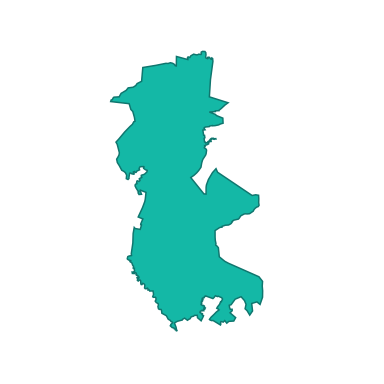 the district of Auru pag., Dobele, Latvia, rotated 212°
{"feature_id": "27541924B19502695969152", "entity_name": "Auru pag.", "entity_type": "district", "adm_level": 2, "iso_a3": "LVA", "parent_name": "Latvia", "parent_adm1": "Dobele", "projection": "albers", "projection_center": [23.233, 56.585], "detail": "fine", "context": "isolated", "style": "filled", "palette": "teal", "viewbox_px": 384, "rotation_deg": 212, "n_neighbors": 0, "source": "geoboundaries", "source_scale": "gbopen_adm2", "svg_char_len": 5999}
<svg xmlns="http://www.w3.org/2000/svg" viewBox="0 0 384 384"><g transform="rotate(212 192 192)"><path d="M245.2,316.1L246.3,316.2L246.3,315.8L245.5,315.2L245.6,314.9L246.7,314.7L248.4,315.4L249.1,315.3L250.0,314.5L249.2,313.8L249.3,313.4L251.0,313.0L252.0,313.7L252.9,315.9L253.6,316.5L253.8,317.2L254.2,317.5L255.5,318.0L257.5,316.9L258.3,315.6L258.0,314.9L257.2,314.1L257.2,313.4L259.3,312.5L260.0,311.3L261.0,310.6L263.6,309.8L265.0,307.2L265.2,306.7L265.1,305.0L266.9,304.5L266.9,303.3L266.1,303.0L265.7,302.1L277.0,298.7L272.1,290.6L273.1,290.2L274.5,290.9L276.6,290.9L278.8,290.2L280.4,288.3L282.3,287.3L289.7,280.3L299.7,271.5L293.4,259.2L296.0,254.9L296.1,252.5L297.4,249.7L301.3,246.5L301.7,243.3L304.4,238.1L304.2,234.1L308.4,231.1L308.7,230.4L308.6,227.9L309.3,227.2L308.9,225.6L292.1,233.6L287.6,229.6L284.9,228.9L280.4,224.8L277.8,221.8L278.6,220.7L278.4,217.8L279.3,214.7L280.9,207.2L282.1,198.4L282.9,194.0L280.7,192.8L274.5,186.9L273.9,185.7L273.5,184.5L273.3,182.1L273.3,179.9L270.9,177.4L267.6,175.8L263.1,173.2L260.8,173.4L258.8,173.1L256.4,171.7L254.8,168.5L252.9,168.7L252.6,170.0L253.3,171.2L254.8,174.9L254.0,175.6L252.6,175.5L250.7,176.3L250.7,176.8L251.9,177.2L252.4,178.0L251.6,178.9L250.8,178.5L249.9,178.9L249.8,179.2L249.8,180.6L248.2,183.0L249.4,184.0L249.4,186.0L246.4,188.0L245.9,187.8L245.9,186.7L245.5,186.4L243.2,186.2L241.4,186.6L240.9,185.3L241.4,182.9L241.9,181.6L243.8,179.4L243.6,178.6L242.3,177.9L242.3,177.5L243.3,176.4L243.7,175.1L242.4,174.6L242.2,174.1L242.5,172.9L244.0,172.7L244.5,172.1L244.0,170.7L243.1,169.9L244.0,168.7L244.0,168.0L243.5,167.0L241.3,165.6L238.9,164.5L238.7,164.1L237.6,164.3L237.3,163.8L237.3,162.7L235.6,161.8L233.6,163.3L236.6,165.6L236.8,166.2L230.8,167.3L227.8,161.1L227.0,158.9L225.7,152.6L224.4,142.3L219.4,143.1L218.6,138.0L218.2,137.1L217.5,137.4L217.3,137.1L216.1,132.8L220.9,130.9L222.2,131.3L219.9,125.6L215.2,117.5L210.8,107.5L209.6,106.1L211.5,104.3L212.2,103.2L211.6,101.2L211.1,100.8L209.4,100.8L207.6,101.4L207.4,101.0L207.7,100.6L207.7,100.1L205.4,100.0L203.6,98.5L202.3,98.1L201.5,96.3L200.4,96.8L200.0,95.7L199.2,95.2L198.9,94.4L199.3,93.0L200.4,92.4L199.4,91.3L197.6,92.4L197.7,93.4L197.5,93.7L196.4,93.7L195.7,93.1L195.9,92.6L195.6,92.2L194.8,92.0L194.2,92.4L192.4,92.0L191.7,91.5L191.5,91.1L191.6,90.6L192.8,91.0L193.2,90.6L193.3,90.2L191.6,89.2L191.7,88.5L191.5,88.1L190.4,88.0L189.8,89.6L189.1,89.8L188.4,89.4L186.8,87.1L186.1,86.6L185.4,86.9L185.3,88.5L183.7,88.6L182.6,88.0L181.4,85.5L180.4,85.2L179.5,85.7L179.0,86.8L178.4,86.8L177.3,85.5L176.5,86.3L175.4,85.6L172.6,87.4L170.4,84.9L169.8,82.3L168.8,82.3L167.2,83.4L166.9,83.3L166.2,82.7L165.4,81.4L165.4,80.0L163.8,79.3L161.6,79.4L160.6,78.3L160.2,76.8L158.6,75.2L157.6,75.1L155.9,76.0L155.1,75.4L153.3,73.2L148.2,73.5L144.7,71.5L142.3,71.6L141.1,71.0L140.0,71.3L139.4,71.0L139.2,70.4L139.8,68.5L139.3,68.0L139.6,67.3L139.5,67.0L136.9,66.5L135.6,67.0L134.9,67.0L134.6,66.6L133.7,66.9L133.1,66.3L132.7,66.6L131.7,66.0L131.3,66.5L132.3,67.2L133.9,68.9L137.5,71.6L135.9,74.6L132.4,78.3L132.5,79.1L131.4,81.1L127.9,80.8L127.1,82.6L126.5,83.4L126.5,85.8L124.9,87.5L124.5,88.7L122.2,90.2L120.7,88.3L116.0,87.6L116.5,92.5L116.7,93.2L117.5,93.0L118.7,93.5L118.7,93.8L118.4,94.0L118.6,94.3L119.0,94.3L119.3,93.8L120.6,94.2L121.3,94.0L121.6,94.4L121.7,95.4L121.1,96.0L121.0,96.6L120.7,96.5L119.7,97.1L119.8,97.3L120.1,97.2L120.0,97.4L120.1,97.7L120.0,98.1L119.4,98.0L119.7,98.5L119.3,98.9L119.7,99.2L119.2,99.4L119.4,99.7L119.3,100.0L120.0,100.2L119.7,100.6L120.1,100.6L120.1,101.0L120.8,101.0L121.1,101.8L122.1,101.9L122.8,101.3L124.3,101.3L124.4,102.1L124.8,102.0L124.7,102.4L125.8,103.6L125.4,104.1L125.9,104.5L125.4,105.0L126.1,105.7L125.6,106.4L126.7,106.6L126.9,107.3L126.4,107.7L126.4,108.2L126.0,108.3L125.7,108.9L126.0,109.6L125.5,110.4L125.7,110.7L125.3,111.1L117.8,112.7L117.4,114.2L117.2,116.4L115.0,116.8L114.6,117.5L110.9,118.1L109.4,117.4L109.0,114.4L109.6,114.2L109.1,111.4L109.5,108.1L109.4,106.5L108.7,106.5L108.3,106.9L107.2,106.3L106.6,106.3L107.8,103.0L108.4,100.1L109.5,95.9L109.7,93.2L108.9,93.0L107.3,93.3L106.0,94.2L97.4,94.3L97.5,95.1L98.6,96.4L98.8,97.5L96.5,98.3L96.1,100.3L93.0,99.2L92.2,101.8L88.2,104.7L88.4,108.6L95.7,109.7L95.0,112.6L95.8,113.8L97.4,112.8L98.9,113.9L100.4,115.7L99.1,117.1L98.6,124.0L94.9,129.2L89.9,127.7L86.6,125.3L85.1,121.1L82.5,120.6L77.8,118.2L77.6,123.2L82.3,129.1L78.7,133.2L74.7,132.7L76.4,140.1L79.7,145.6L82.6,149.5L84.8,153.6L90.3,155.6L123.3,150.9L127.4,150.6L134.5,151.5L140.1,158.7L142.1,159.4L143.7,159.5L144.4,161.0L146.5,163.2L148.4,165.8L152.0,171.5L149.8,176.3L149.3,177.0L147.9,178.1L148.3,178.8L146.1,181.5L143.5,183.4L142.4,185.3L142.1,186.2L142.0,188.2L142.3,188.2L142.0,189.5L141.4,190.5L138.3,193.6L138.1,194.4L138.0,197.7L136.2,200.8L135.5,201.6L133.5,202.7L131.7,204.1L129.9,208.2L130.1,210.0L129.8,211.6L129.2,213.3L128.1,214.8L128.1,216.3L129.8,218.3L131.8,221.7L133.8,224.5L136.5,223.4L139.2,220.9L180.8,222.3L184.0,224.5L184.9,219.3L184.7,211.3L183.5,205.6L182.6,203.6L179.0,197.7L180.9,196.7L200.7,203.6L199.2,207.1L198.2,210.6L197.7,213.7L197.5,217.7L199.2,221.9L199.9,224.3L200.1,225.7L200.0,230.4L200.3,231.9L201.7,235.0L202.5,235.8L205.0,236.0L205.4,237.6L205.8,238.0L205.5,238.1L205.1,237.7L205.2,239.1L204.2,240.2L203.8,241.1L203.4,241.5L204.2,243.3L203.1,244.7L202.6,244.9L202.6,245.2L203.8,245.6L203.5,246.2L203.2,247.8L201.1,248.4L200.7,249.1L199.8,249.6L200.1,249.9L201.4,248.9L202.2,249.0L203.8,248.0L204.4,246.6L204.3,246.2L204.6,245.3L204.4,244.1L205.0,243.6L205.3,242.6L205.2,242.1L206.5,240.8L207.3,241.4L207.9,241.1L210.2,243.9L209.8,244.8L211.4,246.7L212.2,246.3L215.6,250.2L213.9,251.7L215.7,252.5L215.5,253.4L215.1,254.2L212.0,256.6L211.9,257.4L209.9,259.2L209.7,259.0L207.6,260.5L205.0,263.0L203.9,264.8L202.1,266.8L205.0,271.0L211.7,269.8L213.3,270.2L219.7,269.0L214.8,272.6L215.2,273.2L212.2,275.3L212.4,275.6L211.4,278.4L210.1,283.3L208.7,286.8L227.7,281.9L235.9,297.1L243.5,313.9L245.2,316.1Z" fill="#14b8a6" stroke="#0f766e" stroke-width="1.5"/></g></svg>